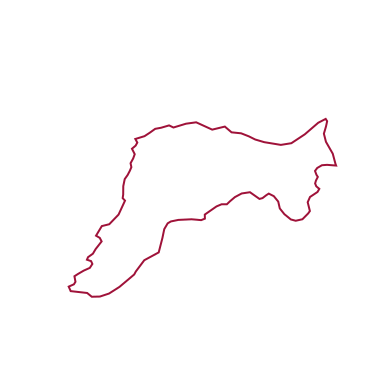 the district of Mbrès, Nana-Grébizi, Central African Republic, rotated 244°
{"feature_id": "33826404B55944816658840", "entity_name": "Mbrès", "entity_type": "district", "adm_level": 2, "iso_a3": "CAF", "parent_name": "Central African Republic", "parent_adm1": "Nana-Grébizi", "projection": "robinson", "projection_center": [19.821, 6.988], "detail": "fine", "context": "isolated", "style": "outline", "palette": "rose", "viewbox_px": 384, "rotation_deg": 244, "n_neighbors": 0, "source": "geoboundaries", "source_scale": "gbopen_adm2", "svg_char_len": 1534}
<svg xmlns="http://www.w3.org/2000/svg" viewBox="0 0 384 384"><g transform="rotate(244 192 192)"><path d="M156.1,39.5L147.2,53.5L141.8,56.0L138.4,63.4L137.1,72.9L138.5,85.2L143.2,103.9L145.2,106.7L151.6,119.2L152.3,135.6L163.7,145.3L170.8,150.8L174.5,156.4L174.8,160.1L172.9,167.5L167.7,179.6L165.5,183.3L162.7,187.9L162.4,191.9L166.1,193.6L168.3,207.7L168.0,213.3L165.7,218.0L167.0,222.0L168.6,228.3L168.9,236.0L166.4,244.0L156.2,249.6L155.6,252.7L156.6,257.6L156.9,260.3L152.4,263.7L145.6,265.3L138.7,263.7L131.6,265.3L124.0,268.8L120.7,272.6L119.1,279.3L121.8,287.0L123.2,289.6L132.1,291.5L135.8,295.9L137.0,304.8L139.0,307.8L142.6,306.2L145.7,306.4L148.0,308.5L150.4,311.7L152.9,311.4L157.0,311.8L158.7,315.1L159.1,320.5L157.2,325.3L152.6,333.1L154.5,333.3L164.7,335.3L178.4,334.4L186.6,336.1L192.2,341.2L196.4,344.5L199.1,344.2L198.9,335.8L194.4,318.7L192.3,302.7L195.4,292.5L205.1,278.8L211.5,271.8L217.1,267.5L223.2,261.9L228.3,253.7L236.4,250.2L239.2,237.5L252.8,226.3L256.0,216.6L258.1,203.6L261.9,200.6L263.3,192.4L264.9,186.6L263.8,180.1L263.0,173.8L264.5,164.3L260.4,164.5L258.4,161.7L257.2,157.0L251.1,157.1L247.9,153.8L244.8,149.4L240.9,148.4L238.3,145.4L235.5,141.6L233.1,137.2L227.4,132.8L219.8,129.0L216.9,127.0L213.6,128.0L211.0,124.8L203.9,116.1L199.3,103.5L200.9,96.0L194.8,86.6L191.2,89.0L187.2,89.1L182.9,80.3L180.0,75.9L179.0,70.0L177.2,67.9L174.1,71.0L171.0,70.9L168.6,66.9L168.8,60.2L168.3,53.5L167.8,49.4L162.4,47.9L160.8,45.4L161.0,39.7L156.1,39.5Z" fill="none" stroke="#9f1239" stroke-width="2"/></g></svg>